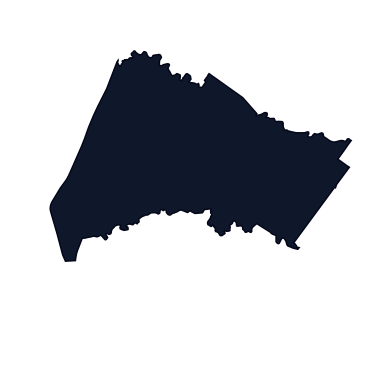 Moreland, Victoria, Australia (Robinson projection), rotated 298°
{"feature_id": "25037944B23324068897437", "entity_name": "Moreland", "entity_type": "district", "adm_level": 2, "iso_a3": "AUS", "parent_name": "Australia", "parent_adm1": "Victoria", "projection": "robinson", "projection_center": [144.955, -37.736], "detail": "fine", "context": "isolated", "style": "filled", "palette": "ink", "viewbox_px": 384, "rotation_deg": 298, "n_neighbors": 0, "source": "geoboundaries", "source_scale": "gbopen_adm2", "svg_char_len": 6065}
<svg xmlns="http://www.w3.org/2000/svg" viewBox="0 0 384 384"><g transform="rotate(298 192 192)"><path d="M76.7,121.3L78.9,120.4L83.6,118.9L87.0,118.3L99.7,116.8L101.0,119.1L102.8,121.1L104.7,123.5L106.7,125.7L107.2,126.6L107.5,128.3L107.9,129.2L108.5,129.9L110.6,131.3L110.9,131.7L110.9,132.6L109.1,137.5L109.3,138.2L110.0,138.6L111.8,138.9L112.1,138.9L112.5,138.5L113.1,137.5L114.1,135.7L114.3,135.5L114.7,135.5L115.2,135.6L115.3,135.8L115.7,138.7L116.2,139.3L117.1,139.8L118.1,139.8L119.8,139.1L120.7,139.0L122.4,139.0L124.0,139.7L125.3,139.8L125.9,140.1L127.9,141.6L128.2,142.1L128.9,143.6L128.8,144.5L128.5,144.9L126.9,145.0L125.8,145.9L125.8,146.4L125.9,148.3L126.3,150.1L128.1,152.4L128.8,153.1L129.1,153.1L130.2,152.4L130.9,151.6L130.8,151.2L130.4,150.5L130.4,150.3L131.6,150.0L133.2,150.2L134.3,151.8L134.8,152.9L135.0,154.2L135.2,154.9L135.6,155.3L137.3,155.8L138.0,156.1L138.2,156.4L138.1,158.0L138.2,158.5L139.1,158.6L140.7,159.2L141.5,159.0L142.0,158.3L142.7,157.9L143.8,158.0L146.8,159.4L150.0,162.1L150.8,163.5L151.5,164.1L153.9,165.2L154.4,165.8L156.0,168.2L156.7,170.1L156.8,171.2L156.7,172.2L157.0,172.8L157.4,173.1L158.0,173.3L158.6,173.3L160.2,172.7L161.3,172.6L162.2,173.2L162.5,173.8L162.0,174.9L162.1,175.2L162.2,175.5L162.6,175.8L163.3,175.9L163.8,176.3L163.8,177.0L163.8,177.4L163.5,177.9L163.0,178.3L162.3,178.6L161.7,179.3L160.9,181.4L160.9,182.2L161.1,183.0L161.7,183.8L164.5,185.1L165.1,186.2L165.7,186.5L167.7,188.3L170.4,189.8L171.1,191.2L171.8,197.5L172.0,197.9L174.0,198.6L174.4,199.4L174.4,204.1L174.4,204.6L174.8,205.2L178.4,210.8L179.1,211.1L181.6,211.1L182.4,211.3L182.7,211.6L183.8,213.4L185.6,215.8L185.4,216.7L185.1,217.1L183.8,217.4L183.6,217.7L182.2,218.4L181.7,219.8L181.2,220.2L179.2,220.0L178.2,220.4L176.4,220.4L173.1,219.9L171.6,220.5L171.1,220.9L170.7,221.4L170.7,221.9L170.5,224.8L170.7,225.2L171.0,225.4L172.4,225.5L172.6,225.7L172.6,226.3L171.7,227.4L171.2,228.9L170.5,230.1L169.2,230.3L168.4,231.1L168.2,231.7L168.5,232.7L168.6,233.9L167.7,235.8L167.0,236.7L166.8,237.3L167.2,238.4L167.7,239.0L170.8,240.6L171.4,240.2L172.2,238.7L172.5,238.6L173.0,238.7L173.5,240.8L173.9,241.5L175.0,243.1L175.8,243.6L177.3,242.7L179.0,242.2L179.5,241.6L179.8,240.8L180.2,240.6L180.5,240.7L181.1,241.4L182.5,242.1L183.6,242.3L185.3,242.0L186.0,242.4L186.4,243.0L186.2,244.5L186.0,245.1L185.1,246.0L183.2,247.2L183.0,247.8L183.2,248.3L184.2,249.6L184.8,250.5L185.3,251.9L185.2,252.5L185.0,252.9L182.9,254.4L182.7,255.0L182.5,256.4L181.6,257.6L181.6,258.4L184.0,260.4L184.0,261.1L183.8,261.7L183.8,262.4L184.1,263.0L184.5,263.2L185.2,263.3L187.5,262.0L189.6,262.1L193.8,263.7L194.3,264.3L194.4,265.0L193.3,279.6L193.3,280.2L192.7,281.2L192.6,283.3L193.0,285.8L193.0,286.2L192.5,287.0L187.8,289.4L187.1,290.3L186.8,291.9L187.0,292.6L187.7,293.1L192.7,293.0L193.2,293.1L194.0,293.7L194.4,294.6L194.1,295.5L192.7,298.0L190.1,300.5L189.6,301.2L189.4,301.9L189.9,307.5L190.6,310.4L191.1,312.3L193.2,312.7L192.5,310.6L193.6,309.4L194.0,308.4L194.5,307.6L194.8,306.2L195.1,305.7L263.2,315.7L263.1,316.7L266.3,316.1L287.7,319.3L288.0,316.0L289.5,305.3L296.4,306.3L299.4,306.7L309.3,307.9L309.3,308.0L312.2,308.4L312.1,307.5L312.5,306.5L312.5,305.4L312.4,304.9L311.5,304.2L310.0,304.2L309.5,304.0L308.9,303.5L308.3,302.6L308.2,301.1L307.8,300.1L306.7,298.5L304.0,295.6L302.6,293.7L302.2,292.3L301.9,289.6L302.4,285.9L302.7,282.6L302.8,282.2L303.4,281.6L304.3,281.1L305.2,280.0L305.2,279.4L305.1,278.8L304.4,278.0L302.4,276.3L302.0,275.8L301.5,274.9L301.2,273.0L300.7,272.6L299.4,272.1L297.5,271.9L296.1,270.8L295.6,269.7L295.4,269.2L295.4,268.5L295.8,268.0L296.5,267.8L298.0,267.8L298.9,267.5L299.5,266.9L299.6,266.1L297.1,263.5L294.2,258.2L292.8,255.1L292.7,254.3L291.7,251.0L291.2,248.5L290.9,247.4L291.3,246.6L290.5,245.6L290.4,245.2L290.5,244.6L290.8,243.9L292.1,242.2L292.4,241.8L293.2,241.6L294.0,240.8L294.8,240.7L295.8,239.9L296.4,239.1L296.3,238.1L295.3,236.1L295.1,235.5L294.4,234.4L293.5,232.8L293.5,232.5L293.7,232.1L295.4,230.2L295.4,229.7L293.4,226.3L293.5,224.1L293.0,223.4L292.7,223.2L292.5,222.6L292.9,222.1L294.7,222.3L295.8,222.1L296.7,221.5L296.9,221.0L296.9,220.3L296.6,219.5L295.8,218.5L292.9,216.6L292.2,215.9L291.1,214.5L290.0,213.4L289.7,212.4L289.8,212.2L291.6,212.5L299.1,192.6L304.5,151.5L302.8,151.2L302.6,151.5L296.4,150.6L295.5,152.5L288.9,151.7L287.9,148.6L289.8,148.0L290.8,146.8L289.1,145.5L289.3,145.0L289.4,143.5L288.4,140.5L288.0,139.8L287.7,138.2L287.9,137.8L288.5,137.7L291.2,138.1L292.6,136.9L293.2,136.6L293.9,135.4L294.2,132.2L293.7,131.6L293.4,131.4L291.4,131.0L290.2,131.0L288.6,130.4L287.6,130.6L286.3,130.5L285.6,130.1L285.1,129.5L285.1,129.1L285.2,128.8L285.7,128.5L288.7,127.4L289.6,126.8L289.8,126.2L289.5,123.3L289.2,122.9L287.4,122.2L285.5,120.1L285.4,119.7L286.0,118.5L287.8,115.9L288.5,114.6L289.2,113.4L290.5,112.6L293.5,112.5L293.9,112.0L294.1,111.6L294.1,111.1L293.8,110.4L293.4,109.7L290.9,106.9L289.5,106.1L289.0,105.6L288.7,105.0L288.5,104.5L288.7,104.1L289.2,103.5L290.3,102.7L292.8,101.7L293.2,101.6L295.7,101.8L296.5,101.8L297.0,101.3L297.8,100.2L298.0,99.8L298.1,99.0L297.6,97.7L297.1,97.4L295.6,95.0L295.2,94.8L294.6,93.8L293.9,93.5L291.8,93.5L291.4,93.0L291.2,92.4L290.8,91.4L290.8,90.2L292.0,88.0L292.8,87.3L293.3,86.7L293.7,85.8L293.8,85.2L293.6,84.3L293.3,83.7L291.5,83.2L290.6,83.2L289.0,82.3L288.6,81.3L288.6,80.4L288.2,79.6L288.8,78.1L288.9,76.8L289.5,75.9L289.6,75.1L289.2,74.5L287.1,74.0L286.0,73.5L285.6,73.5L284.8,74.0L284.3,74.6L284.1,75.3L284.2,75.9L284.0,76.2L283.6,76.5L282.9,76.4L282.1,76.0L281.9,75.2L281.0,74.0L279.0,73.4L278.5,73.0L278.2,72.6L278.1,71.9L277.7,71.6L277.1,70.4L276.2,70.3L275.5,69.3L274.7,69.0L274.3,69.3L274.1,69.9L273.4,70.1L272.6,70.1L271.9,69.7L269.9,69.9L269.6,69.4L269.8,69.4L269.4,68.8L269.4,68.3L270.3,66.9L271.2,65.7L271.9,65.2L273.0,65.2L273.5,64.9L271.8,64.7L243.2,68.2L224.0,68.6L214.1,69.1L200.7,70.3L188.7,72.1L180.7,73.0L148.6,75.4L143.7,75.3L134.0,73.9L117.5,73.0L115.4,73.1L112.9,73.7L111.1,74.4L109.5,75.4L107.0,77.7L92.1,92.2L75.8,107.3L71.5,112.7L76.7,121.3Z" fill="#0f172a" stroke="#020617" stroke-width="1.5"/></g></svg>